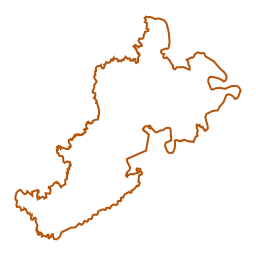 outline of Nanumba North, Northern, Ghana
{"feature_id": "2480657B57712569843933", "entity_name": "Nanumba North", "entity_type": "district", "adm_level": 2, "iso_a3": "GHA", "parent_name": "Ghana", "parent_adm1": "Northern", "projection": "natural_earth1", "projection_center": [-0.086, 8.922], "detail": "fine", "context": "isolated", "style": "outline", "palette": "amber", "viewbox_px": 256, "rotation_deg": 0, "n_neighbors": 0, "source": "geoboundaries", "source_scale": "gbopen_adm2", "svg_char_len": 5739}
<svg xmlns="http://www.w3.org/2000/svg" viewBox="0 0 256 256"><path d="M168.8,32.7L166.7,23.7L163.9,20.1L158.6,18.4L155.4,19.1L150.2,16.9L147.2,17.2L146.1,16.6L144.6,18.1L146.0,19.9L144.8,22.2L147.0,23.1L146.5,28.7L148.4,29.2L148.2,31.0L144.9,31.9L144.7,33.5L143.8,34.8L143.5,37.6L141.7,39.0L139.4,38.5L138.4,40.6L139.7,42.7L140.9,43.5L141.7,45.0L141.7,46.0L139.8,45.9L138.6,47.4L135.3,44.9L133.5,46.5L135.1,47.4L135.7,48.3L135.3,48.8L136.4,49.1L136.6,50.8L137.6,52.8L138.1,52.7L138.2,53.9L139.3,53.7L139.6,55.1L138.1,57.5L138.0,62.0L136.2,63.1L135.6,62.6L135.4,59.0L133.5,59.2L133.0,60.6L132.3,59.9L130.7,60.8L130.0,60.1L129.7,58.3L127.6,58.8L125.6,56.8L125.1,57.9L123.9,58.7L123.8,60.0L122.0,59.8L121.4,61.3L119.8,60.5L119.0,61.2L118.2,60.4L117.8,60.8L117.6,59.4L116.7,58.8L114.7,58.6L113.6,59.8L113.6,58.1L112.8,59.2L112.7,60.2L111.1,59.5L110.6,61.5L109.3,62.5L107.8,62.9L106.3,62.1L105.4,64.2L104.2,64.6L104.6,66.3L103.5,68.4L101.7,67.9L100.9,65.0L100.2,65.9L97.2,66.3L95.8,67.9L96.1,70.8L95.1,71.3L95.4,72.9L94.9,73.9L95.5,75.0L94.1,76.3L94.6,78.3L96.7,81.6L94.1,85.3L94.4,87.2L92.6,91.5L92.9,92.6L95.3,93.3L95.3,95.7L94.7,96.7L95.1,98.2L94.3,98.3L96.7,100.7L96.1,102.8L97.0,102.8L99.1,110.5L99.0,114.3L98.6,115.7L97.9,116.3L98.4,117.5L97.7,119.5L94.1,120.1L92.6,121.3L92.8,122.1L91.6,123.5L90.6,123.6L89.9,122.7L88.3,123.3L88.2,121.8L87.4,122.0L85.9,125.1L86.5,126.9L86.3,128.0L87.2,128.6L86.4,129.3L85.6,128.6L84.0,129.5L85.4,131.7L85.4,132.4L82.8,133.7L83.0,134.2L81.9,134.9L80.0,135.3L79.6,134.4L78.4,135.0L77.2,134.1L76.7,135.3L74.8,134.8L74.5,135.6L75.3,135.5L75.2,136.5L72.9,137.7L72.9,139.1L72.0,140.0L70.8,138.9L70.3,139.8L68.9,140.0L68.7,142.2L70.5,144.9L70.8,146.5L69.4,146.8L69.9,147.3L69.5,148.2L68.3,149.0L66.5,149.0L61.8,147.4L60.8,148.8L60.0,146.3L58.4,146.0L57.4,146.6L56.9,147.6L57.5,148.1L57.5,147.4L58.1,147.5L58.4,148.1L57.8,149.7L56.8,149.9L57.3,152.9L58.6,153.3L58.8,155.0L59.7,156.0L62.0,156.0L63.0,156.9L63.5,161.8L64.7,162.8L67.2,161.4L68.1,162.0L69.6,161.8L70.8,164.7L69.6,165.2L70.2,166.3L69.3,166.9L69.3,168.6L68.6,168.4L68.5,169.9L67.6,169.6L68.1,172.5L67.8,173.4L66.8,172.9L67.3,175.9L66.7,177.1L67.2,178.1L67.0,178.9L65.3,179.7L65.3,184.4L62.4,185.7L61.1,187.3L58.2,182.7L57.0,183.1L56.4,181.9L54.2,183.2L52.8,185.3L50.0,187.0L48.8,186.9L48.6,187.9L49.2,188.4L49.6,188.0L50.7,189.7L49.9,193.7L45.7,193.2L46.5,197.4L44.6,198.3L44.8,197.4L42.0,196.9L39.4,198.8L38.9,198.4L38.9,196.0L37.6,198.5L37.0,195.0L37.7,193.8L37.6,192.4L38.0,191.4L38.6,191.8L38.7,190.7L37.6,190.0L32.1,191.8L32.4,195.7L27.4,191.4L27.4,192.2L25.5,194.1L24.7,194.1L23.2,193.1L20.5,189.8L18.0,191.0L16.3,193.3L15.4,197.4L15.5,199.7L17.0,200.6L16.4,205.2L16.9,206.9L19.5,206.7L20.7,208.1L21.2,210.5L24.1,209.4L24.2,208.2L25.8,209.2L27.7,213.5L29.6,213.0L29.9,214.5L30.9,215.2L31.8,214.7L31.8,215.9L30.8,217.7L31.2,219.5L32.4,219.9L34.0,217.9L35.0,217.6L36.0,219.0L35.4,219.7L35.6,221.2L37.5,225.6L36.7,227.6L37.2,228.6L36.2,229.6L36.8,231.5L37.5,230.8L38.5,231.7L37.9,234.4L38.9,234.8L40.4,232.6L41.2,233.1L41.5,235.3L42.1,234.8L42.1,236.4L43.6,235.6L45.9,236.7L46.9,236.5L47.3,234.8L48.6,234.8L48.6,238.2L49.1,238.4L50.9,236.7L51.7,234.5L52.9,234.3L52.6,235.9L54.2,239.0L56.7,239.4L59.7,237.0L61.6,232.2L71.1,227.6L75.3,227.4L79.0,223.5L81.7,224.8L83.5,223.2L84.1,221.1L85.0,220.9L86.9,221.8L87.8,221.2L88.5,219.3L91.7,218.8L92.7,215.5L93.9,214.6L96.7,214.8L97.8,213.7L98.2,211.5L99.3,210.7L102.9,209.4L105.5,209.9L106.0,209.3L105.9,208.3L107.5,207.6L109.6,208.4L110.4,208.1L110.8,206.3L113.4,204.5L116.4,205.0L117.6,204.0L117.9,201.3L118.4,200.8L120.5,201.3L121.2,200.3L120.7,198.2L121.5,197.5L123.1,197.7L124.0,195.2L125.3,194.0L129.2,191.9L129.9,192.8L131.4,192.6L131.7,191.6L131.4,190.7L133.9,189.3L137.1,185.7L137.6,186.2L138.5,186.0L139.7,183.1L139.4,182.1L138.4,181.9L139.2,175.2L141.6,174.6L142.1,172.7L140.8,171.3L140.2,168.9L137.2,168.4L136.4,169.8L137.2,171.0L138.5,171.0L139.0,172.5L134.2,173.7L133.5,174.4L130.5,173.9L128.8,175.1L127.1,175.1L126.7,175.7L127.0,176.6L126.3,176.3L126.0,175.0L126.7,173.2L127.0,173.4L127.7,171.5L128.9,170.7L130.4,168.2L127.2,161.5L126.9,159.0L146.0,150.6L148.9,134.4L147.4,133.7L146.8,132.2L145.3,131.8L144.0,130.8L144.2,130.4L143.4,130.3L143.0,128.8L144.7,126.7L149.7,125.6L150.1,126.0L149.1,126.2L148.9,127.8L150.2,128.6L151.5,128.0L155.5,132.3L157.2,132.2L159.9,130.6L162.8,130.3L166.0,128.0L169.7,127.9L170.6,129.7L171.2,140.4L165.6,142.9L165.0,146.0L167.4,151.6L169.2,152.9L172.6,152.8L174.6,148.8L175.1,144.7L174.8,140.5L177.3,140.1L178.9,141.1L180.6,141.2L180.9,140.6L182.3,140.9L183.8,139.6L188.8,141.5L189.9,141.2L190.6,141.8L192.1,141.4L193.6,142.0L195.4,137.2L197.2,136.0L196.9,135.5L197.5,135.1L197.0,133.1L197.9,130.8L196.7,127.6L197.1,126.3L196.7,125.5L197.2,125.5L197.2,124.8L198.8,125.3L199.5,124.9L199.6,126.1L201.5,127.3L202.0,126.6L203.1,127.4L203.5,128.9L204.3,129.1L204.4,130.5L205.5,130.8L207.8,128.7L207.6,125.7L205.4,118.0L205.4,116.8L206.6,113.9L212.4,111.0L217.7,110.4L219.7,106.6L223.6,102.1L226.3,95.2L228.4,94.3L230.6,94.8L232.9,96.1L234.9,98.9L236.5,98.5L238.1,97.1L240.6,90.5L239.2,87.6L236.7,85.9L231.8,86.0L225.1,88.8L220.0,87.9L216.0,88.2L212.4,89.6L211.2,89.2L208.2,81.9L208.5,78.8L209.8,77.0L212.1,76.8L218.6,78.4L222.4,80.2L223.1,81.3L224.2,81.3L225.6,80.3L226.5,78.6L226.5,75.8L224.2,72.3L219.7,68.3L213.9,61.4L205.5,56.4L204.2,53.3L203.0,52.9L200.9,53.4L197.8,52.3L195.1,54.1L193.5,57.0L192.5,57.7L191.6,57.4L186.7,59.8L188.1,61.6L188.5,64.8L189.6,66.3L189.5,69.7L183.5,67.1L176.9,67.3L175.0,69.3L173.6,68.8L172.9,67.5L173.1,65.5L171.9,64.5L169.6,60.4L166.7,57.3L165.4,58.1L163.8,57.9L163.2,56.6L164.1,54.0L162.7,54.0L161.0,52.3L161.3,50.3L165.6,48.6L167.7,48.9L168.7,47.6L169.6,42.2L168.8,32.7Z" fill="none" stroke="#b45309" stroke-width="2"/></svg>